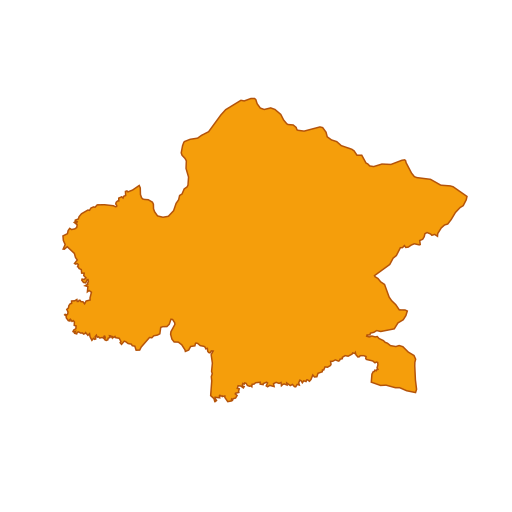 the district of El Playón, Santander, Colombia, rotated 16°
{"feature_id": "7082276B80237546514207", "entity_name": "El Playón", "entity_type": "district", "adm_level": 2, "iso_a3": "COL", "parent_name": "Colombia", "parent_adm1": "Santander", "projection": "orthographic", "projection_center": [-73.194, 7.522], "detail": "fine", "context": "isolated", "style": "filled", "palette": "amber", "viewbox_px": 512, "rotation_deg": 16, "n_neighbors": 0, "source": "geoboundaries", "source_scale": "gbopen_adm2", "svg_char_len": 6094}
<svg xmlns="http://www.w3.org/2000/svg" viewBox="0 0 512 512"><g transform="rotate(16 256 256)"><path d="M442.4,140.6L426.4,135.1L423.3,135.1L414.1,137.0L402.6,134.2L389.0,136.3L386.4,136.1L382.7,133.5L374.5,124.9L373.5,123.1L372.4,122.6L369.8,123.8L360.5,130.8L351.7,132.9L344.5,137.6L340.5,138.1L338.1,136.7L336.1,136.3L329.9,130.0L325.3,131.3L321.3,127.9L318.7,127.0L307.5,126.4L302.1,123.8L296.5,123.6L291.6,121.8L289.2,117.7L284.7,114.2L281.9,114.3L267.8,122.7L261.6,123.6L260.6,123.4L259.1,121.3L255.6,119.8L250.4,120.8L249.1,120.4L245.1,117.7L240.8,113.1L233.8,109.9L229.3,109.6L223.5,112.9L219.3,112.6L215.1,109.3L212.7,105.7L211.2,105.0L207.7,106.0L201.9,110.2L198.6,110.5L186.5,123.7L183.4,130.0L176.2,149.6L170.4,155.0L167.4,158.8L160.5,162.0L155.7,165.7L155.3,166.6L155.0,170.2L155.7,177.5L157.2,179.6L160.9,181.8L162.8,183.7L164.6,191.1L169.4,198.7L171.1,206.7L170.7,208.6L168.5,211.3L167.8,216.8L165.9,218.9L166.1,223.3L164.7,227.4L164.3,235.2L160.8,242.0L155.9,244.4L150.3,244.6L146.3,241.4L144.5,238.9L143.1,234.5L141.6,232.8L136.9,231.6L133.0,232.4L131.4,232.4L129.9,231.5L128.0,228.8L126.0,222.5L124.3,220.4L119.2,226.6L115.2,229.7L114.0,229.0L112.7,229.9L114.0,233.8L112.4,235.0L112.2,236.9L110.6,236.1L108.1,238.2L108.9,240.9L107.8,241.2L106.8,242.9L106.8,244.6L108.2,245.8L108.4,246.8L107.4,247.4L105.0,247.0L96.1,248.5L89.3,250.6L87.8,253.5L86.3,253.6L84.1,255.4L83.4,258.0L81.7,258.2L76.6,263.5L75.1,266.9L75.0,269.4L72.4,271.3L72.6,272.4L74.7,272.3L74.5,273.8L72.8,273.0L72.0,273.8L75.5,275.3L75.8,278.0L74.3,279.9L71.4,281.4L69.3,280.8L68.4,283.4L68.6,286.5L64.9,289.9L66.5,294.1L69.4,297.6L68.7,302.5L69.9,302.3L72.0,299.1L80.7,303.6L82.9,307.2L85.3,309.1L83.6,313.2L84.8,313.5L86.4,312.6L87.6,313.3L87.4,315.5L88.5,315.7L89.3,316.8L91.8,317.2L93.1,320.5L95.6,319.9L95.8,322.3L98.6,323.9L97.3,325.9L95.2,326.1L95.2,327.3L97.5,329.0L99.7,328.8L100.2,325.2L101.0,324.9L101.9,326.7L101.6,328.7L102.1,329.5L99.9,331.7L102.8,331.7L103.8,336.9L105.1,335.2L107.8,336.2L108.0,342.1L108.7,344.0L105.1,346.1L104.4,349.2L102.3,347.7L100.2,348.1L99.1,347.1L98.2,347.3L97.8,348.6L96.7,349.0L95.8,347.2L94.1,349.0L91.1,350.1L91.8,352.4L90.6,353.1L89.8,355.2L90.0,357.7L88.8,359.5L90.7,361.6L91.0,363.7L90.6,364.6L88.6,364.7L88.3,365.3L90.2,366.1L90.6,367.7L93.4,369.9L94.9,369.8L94.4,368.7L95.0,367.9L97.2,369.6L98.1,368.5L99.6,369.4L100.4,372.8L102.3,372.8L102.9,375.5L101.2,377.4L100.9,379.1L101.7,379.4L103.2,378.3L103.0,380.3L105.1,380.3L105.2,378.7L106.1,377.9L108.9,378.4L110.3,377.8L111.8,378.6L113.0,377.7L113.3,376.6L116.3,378.6L117.4,376.6L118.7,379.3L121.5,382.3L122.5,380.0L123.9,380.6L124.8,379.9L123.6,378.0L124.4,376.1L125.7,377.9L126.8,377.1L128.4,377.9L130.6,376.7L132.3,377.1L132.0,375.1L132.6,374.7L133.5,375.8L133.5,378.1L135.3,378.5L136.7,377.4L136.5,375.8L138.1,374.6L137.1,373.0L138.5,372.8L140.4,374.4L140.5,373.1L141.7,373.6L142.6,372.2L143.6,373.2L147.2,372.8L149.8,375.5L149.3,376.8L151.1,378.0L152.8,374.2L154.4,374.3L157.2,375.4L160.4,375.1L161.8,376.3L164.4,376.1L166.7,379.6L170.1,378.5L170.7,375.3L176.1,363.7L178.4,363.3L179.7,360.9L183.0,359.2L185.0,357.3L184.1,350.9L185.7,349.7L189.8,348.4L191.4,345.5L191.7,340.2L193.3,340.0L196.2,342.5L196.9,344.1L195.1,352.2L195.5,354.8L198.1,359.1L201.0,361.2L205.1,360.2L209.1,361.8L213.6,365.8L214.4,367.2L217.2,365.0L218.1,361.0L222.0,359.2L221.9,356.7L222.3,356.2L224.1,356.1L227.1,357.5L230.8,357.2L232.3,357.7L233.3,359.1L234.7,358.2L235.8,360.8L237.0,361.8L238.5,361.8L239.2,359.5L241.0,359.2L240.1,363.2L243.6,371.0L245.1,379.1L246.4,381.2L246.3,384.3L247.9,388.3L250.9,402.7L254.9,404.7L256.2,406.8L256.7,406.1L257.0,407.0L257.9,405.8L255.8,404.0L255.6,403.1L260.2,402.3L259.3,400.5L259.7,399.8L260.9,400.3L262.0,399.8L262.4,400.4L264.6,399.2L265.1,400.6L269.0,403.8L272.2,402.2L272.0,400.4L273.2,401.1L273.3,399.5L275.5,398.2L276.3,395.3L274.1,394.3L274.1,393.6L277.1,391.9L276.5,390.7L276.5,388.3L274.5,388.4L274.6,385.6L277.1,385.2L280.2,386.3L280.6,384.8L278.9,384.6L278.4,383.8L278.5,382.1L279.9,382.5L280.1,381.1L281.7,381.2L283.4,382.8L285.7,383.0L287.0,382.3L288.0,382.8L287.6,380.4L289.4,379.7L290.6,377.9L294.8,376.2L295.3,378.0L298.3,377.7L298.2,376.6L300.9,374.4L302.1,374.8L301.6,378.0L303.2,378.5L304.9,376.6L309.4,376.5L308.0,373.9L310.2,371.9L313.3,372.1L314.9,370.7L316.2,373.7L317.2,372.0L318.5,371.2L321.4,371.5L320.6,369.6L324.7,371.1L326.4,369.4L329.0,371.0L330.2,370.8L331.0,368.0L333.2,368.1L332.0,366.1L332.4,363.2L333.8,363.5L335.5,365.1L336.3,362.8L338.7,362.9L338.9,361.1L339.7,360.8L341.9,361.7L342.9,359.5L343.4,354.7L345.5,356.2L347.8,355.3L347.9,351.7L351.6,349.0L351.3,347.3L352.5,346.9L352.9,343.6L355.4,343.2L357.7,340.8L358.0,339.5L356.7,336.7L358.7,336.1L360.9,334.0L364.2,334.3L365.1,333.6L365.2,332.1L367.3,330.9L366.9,329.7L369.1,327.2L372.2,326.9L375.4,323.8L375.7,322.5L377.9,322.5L378.1,321.4L379.3,323.4L381.8,325.0L383.2,324.3L383.6,323.1L387.1,322.1L389.5,322.3L389.7,324.2L390.6,325.0L397.1,324.7L399.8,325.9L401.0,324.7L402.3,324.8L403.2,327.0L403.2,330.1L404.4,331.4L403.5,331.8L403.3,333.1L401.8,332.9L401.6,334.4L400.6,334.8L400.0,337.6L401.6,345.5L411.4,346.1L416.6,344.3L426.2,344.2L430.4,343.0L437.9,344.0L447.0,343.3L447.1,339.9L443.4,331.2L438.9,317.9L438.0,314.4L437.9,311.2L435.3,308.1L428.9,306.4L422.2,302.7L418.3,302.6L415.4,304.5L409.9,305.1L406.4,303.6L404.0,303.4L401.8,302.2L397.0,301.4L394.7,300.0L393.0,300.9L389.4,301.0L387.2,302.6L384.5,302.6L384.5,301.3L387.2,300.5L387.3,298.6L390.3,296.9L392.6,294.4L396.7,294.2L409.0,287.9L410.9,281.2L415.1,276.7L416.5,272.0L416.6,267.2L414.2,266.8L408.6,268.3L403.7,264.2L398.6,261.5L395.3,258.8L387.4,247.9L383.0,246.5L379.4,244.0L376.1,243.1L375.3,242.2L386.9,227.3L388.4,220.3L390.8,216.9L392.5,208.2L394.5,207.6L395.8,205.1L397.6,206.5L399.9,205.5L402.3,202.6L404.8,200.6L409.9,200.3L410.7,199.7L409.1,196.0L411.6,194.0L412.4,191.0L412.2,188.1L413.9,186.3L417.7,186.7L419.3,187.6L421.8,186.0L425.0,187.0L424.5,184.3L426.3,178.0L428.7,174.2L431.5,172.4L433.6,167.1L435.7,159.2L438.8,153.2L441.3,150.5L442.6,144.1L442.4,140.6Z" fill="#f59e0b" stroke="#b45309" stroke-width="1.5"/></g></svg>